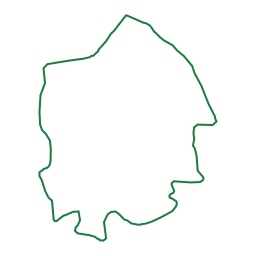 San Rafael Las Flores, Santa Rosa, Guatemala, rotated 270°
{"feature_id": "79465075B42432820540382", "entity_name": "San Rafael Las Flores", "entity_type": "district", "adm_level": 2, "iso_a3": "GTM", "parent_name": "Guatemala", "parent_adm1": "Santa Rosa", "projection": "robinson", "projection_center": [-90.174, 14.448], "detail": "fine", "context": "isolated", "style": "outline", "palette": "green", "viewbox_px": 256, "rotation_deg": 270, "n_neighbors": 0, "source": "geoboundaries", "source_scale": "gbopen_adm2", "svg_char_len": 1436}
<svg xmlns="http://www.w3.org/2000/svg" viewBox="0 0 256 256"><g transform="rotate(270 128 128)"><path d="M240.6,126.0L224.7,113.6L222.2,110.9L215.2,106.4L206.1,98.4L205.1,98.4L200.1,93.1L200.1,91.5L198.9,89.9L197.3,83.6L195.4,69.1L191.9,47.6L187.8,43.5L173.0,45.0L160.9,40.5L144.0,39.5L131.5,40.1L126.0,42.0L121.9,46.0L115.5,49.9L107.1,50.8L95.1,50.6L90.7,49.5L88.4,47.5L86.9,43.5L85.5,42.2L83.9,39.5L80.0,39.5L76.0,41.7L64.7,45.3L58.1,48.7L55.4,52.0L36.0,53.7L34.9,54.9L34.9,56.5L40.4,63.6L41.0,65.8L44.2,73.1L44.5,78.6L35.6,80.0L30.4,77.6L29.0,76.0L25.3,74.9L22.7,77.5L20.8,89.5L19.1,95.2L17.2,97.4L17.0,98.8L15.8,99.6L15.4,103.4L17.7,106.1L33.9,104.0L40.2,107.0L41.9,108.0L44.0,111.1L44.5,115.5L41.7,119.3L36.5,124.2L35.6,127.1L32.5,131.6L31.2,138.7L32.7,146.9L34.7,152.5L38.2,160.0L40.9,165.1L45.0,172.5L49.9,176.2L52.8,176.9L54.7,176.3L57.8,171.6L57.9,170.2L59.5,169.3L60.8,169.7L61.7,170.5L62.6,172.1L63.1,173.3L65.2,174.2L71.0,171.6L73.0,171.9L74.7,173.8L73.6,190.1L73.9,200.1L76.0,203.1L77.9,203.5L79.3,202.8L85.2,197.7L100.0,196.6L107.3,194.9L110.3,193.0L117.1,194.2L122.6,193.5L128.5,194.0L131.4,197.6L131.0,212.6L134.5,216.5L137.7,215.1L139.7,214.9L152.2,208.5L170.5,201.2L182.5,194.7L190.1,192.1L200.1,183.7L205.4,177.2L210.6,172.8L215.7,163.7L218.7,160.1L224.6,154.1L225.3,153.5L226.4,152.7L227.4,152.2L230.6,149.8L232.7,146.2L233.2,143.6L240.4,127.2L240.6,126.0Z" fill="none" stroke="#15803d" stroke-width="2"/></g></svg>